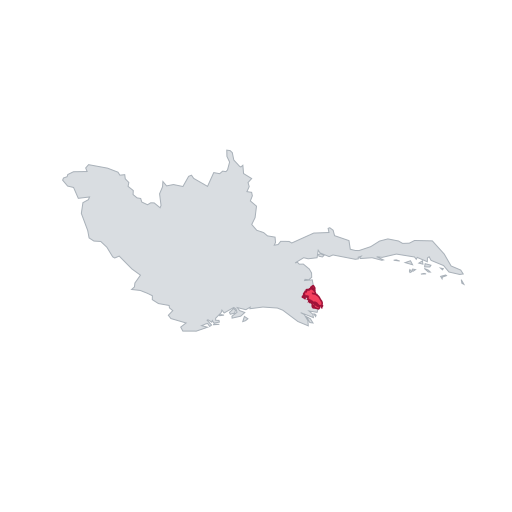 location of Pyapon, Ayeyarwady, Myanmar, rotated 287°
{"feature_id": "60261553B36201163114452", "entity_name": "Pyapon", "entity_type": "district", "adm_level": 2, "iso_a3": "MMR", "parent_name": "Myanmar", "parent_adm1": "Ayeyarwady", "projection": "orthographic", "projection_center": [95.471, 16.16], "detail": "fine", "context": "in_parent", "style": "filled", "palette": "rose", "viewbox_px": 512, "rotation_deg": 287, "n_neighbors": 0, "source": "geoboundaries", "source_scale": "gbopen_adm2", "svg_char_len": 9155}
<svg xmlns="http://www.w3.org/2000/svg" viewBox="0 0 512 512"><g transform="rotate(287 256 256)"><path d="M328.8,229.2L323.9,226.9L320.4,229.2L314.9,228.5L315.6,233.2L312.5,234.9L307.0,234.5L303.8,241.9L292.4,243.9L284.9,242.7L280.8,249.2L280.6,256.5L278.6,261.0L279.6,268.7L274.7,270.7L271.7,270.3L273.4,273.8L277.2,275.3L279.6,283.3L278.9,286.4L294.8,304.5L299.8,318.9L303.5,316.9L304.6,318.3L303.2,322.2L298.4,325.2L297.9,340.4L290.0,344.2L290.3,349.3L291.3,352.9L298.5,363.0L306.4,369.8L310.9,377.1L312.0,387.9L310.9,392.5L313.1,398.9L317.2,403.1L322.0,420.2L312.9,435.4L303.5,445.5L302.4,455.9L299.4,459.4L297.9,456.2L297.1,445.2L301.7,438.2L303.0,424.7L305.9,421.8L304.3,420.5L300.6,421.5L301.8,410.6L299.7,410.2L301.4,407.9L298.9,389.7L291.6,377.1L290.6,371.6L289.5,379.0L288.7,377.6L288.3,367.5L284.1,356.6L284.5,355.7L286.5,356.6L284.7,354.1L283.2,354.7L281.9,352.0L279.5,329.3L276.8,326.1L277.7,316.3L279.7,313.8L272.2,314.9L268.6,306.7L268.3,302.1L260.8,295.4L262.1,297.5L260.8,299.8L262.1,303.6L259.1,310.8L256.0,314.1L251.9,315.5L248.7,313.4L248.0,309.7L246.7,309.6L249.6,316.8L237.6,323.0L235.8,327.3L229.6,333.0L227.7,332.3L228.7,324.6L225.0,330.7L220.0,330.9L218.9,322.7L216.9,327.4L213.9,328.9L214.9,315.3L214.1,319.3L209.2,324.6L204.5,326.4L205.6,315.2L212.0,297.5L212.5,291.7L209.2,277.5L203.8,265.6L205.4,265.4L201.7,262.0L201.2,253.2L199.0,256.3L198.7,261.8L194.0,259.0L189.6,251.3L191.4,250.6L196.6,254.3L199.5,252.3L200.3,249.8L192.2,242.2L194.3,239.2L191.6,239.2L184.7,235.6L182.7,236.2L183.6,239.4L182.1,240.3L179.5,235.4L181.5,233.1L179.8,233.0L181.0,228.7L180.3,228.0L177.0,233.7L175.1,232.3L177.3,229.5L176.4,227.8L173.5,224.4L173.7,230.4L166.7,220.9L162.8,208.0L166.0,204.8L171.5,208.7L171.3,192.9L173.7,189.5L179.4,192.4L181.1,188.4L183.3,187.4L182.0,176.6L183.9,169.6L187.7,168.5L188.6,162.9L189.2,155.3L187.6,146.8L190.9,148.8L194.8,148.1L203.9,151.1L207.3,141.2L215.9,125.2L212.8,121.5L213.3,119.2L220.8,110.8L224.5,103.3L222.9,96.6L224.5,91.1L231.2,87.6L245.7,76.5L256.4,74.9L260.8,79.2L263.8,79.6L259.2,69.2L268.2,61.5L267.8,55.4L272.0,48.9L274.3,49.1L276.6,52.2L278.9,52.2L283.2,56.8L287.4,69.8L290.4,67.4L294.4,69.2L296.6,88.3L295.8,99.5L293.5,102.2L295.4,106.7L291.6,108.4L289.1,112.9L285.2,113.3L282.7,119.5L278.8,120.5L276.8,125.3L277.3,128.9L274.2,131.0L273.3,137.3L276.1,139.8L277.0,143.1L274.1,150.2L276.6,150.4L287.3,145.6L294.9,146.4L300.0,145.2L296.9,150.0L300.2,156.2L301.1,165.8L312.5,168.3L314.4,170.7L312.0,173.7L308.4,189.3L323.4,191.2L324.1,197.2L327.4,199.3L327.9,202.6L330.0,203.6L338.1,203.3L342.7,199.1L348.7,197.1L349.2,200.5L347.9,203.1L341.3,206.7L337.0,214.0L336.7,215.5L338.9,216.9L331.2,220.0L328.8,229.2ZM194.3,247.1L199.2,250.0L198.2,252.2L195.2,252.3L192.8,248.5L194.3,247.1ZM293.3,400.6L296.6,405.1L293.4,408.3L293.3,400.6ZM193.6,266.6L191.1,264.9L189.4,262.5L194.8,262.6L193.6,266.6ZM298.1,420.0L298.3,426.0L296.3,425.4L294.9,420.4L298.1,420.0ZM211.9,326.3L208.6,330.1L208.1,326.9L212.7,322.2L211.9,326.3ZM276.5,320.9L274.5,319.8L274.2,316.3L275.7,315.3L277.0,317.0L276.5,320.9ZM291.6,427.4L291.1,425.4L293.3,420.6L292.9,424.8L291.6,427.4ZM290.5,438.5L293.3,443.0L292.9,443.9L290.3,440.4L288.6,440.6L290.5,438.5ZM300.0,416.6L297.0,418.0L296.8,413.8L300.0,416.6ZM293.4,459.2L289.7,463.1L290.1,460.9L293.4,459.2ZM178.6,236.0L179.9,240.9L177.7,235.1L178.6,236.0ZM293.3,391.2L293.2,394.9L292.2,388.9L293.3,391.2ZM189.7,239.6L190.1,242.7L188.1,238.3L189.7,239.6ZM289.6,412.5L287.4,410.7L288.2,409.3L289.3,409.6L289.6,412.5ZM288.0,407.1L286.6,409.6L285.2,408.1L286.4,407.1L288.0,407.1ZM288.5,421.8L288.6,423.9L286.9,419.0L288.5,421.8ZM217.0,330.8L215.5,330.7L217.5,328.3L217.7,329.2L217.0,330.8ZM298.7,438.8L297.3,438.4L298.4,436.0L298.7,438.8Z" fill="#d9dde1" stroke="#a8b0b8" stroke-width="1"/><path d="M227.2,322.7L227.1,323.0L227.0,323.3L225.9,324.1L225.5,324.7L225.2,324.9L225.1,325.0L225.3,325.8L225.2,326.2L225.0,326.3L224.0,326.0L223.9,326.0L223.7,326.2L223.7,326.5L223.9,326.8L224.0,327.2L223.8,328.6L223.7,328.7L223.6,329.1L223.6,330.2L223.6,331.1L223.9,331.5L224.2,331.6L224.9,331.9L225.2,331.9L225.5,331.8L226.1,331.3L225.8,330.4L225.8,329.9L226.0,329.4L226.3,328.1L226.5,327.8L226.8,327.2L226.9,326.2L227.0,325.9L227.5,325.4L227.7,324.9L228.2,324.7L227.7,323.5L227.7,323.2L227.9,322.8L228.1,322.5L229.0,322.0L229.5,321.5L229.6,320.2L229.6,321.4L229.3,321.9L229.1,322.7L229.1,323.1L228.7,323.9L228.3,324.4L228.4,324.6L228.9,325.4L229.0,325.9L229.0,326.8L228.8,327.8L228.4,328.5L227.9,328.9L227.8,329.1L227.5,330.0L227.2,330.2L227.0,330.6L227.0,331.2L227.3,332.1L227.4,332.3L227.2,332.5L227.3,332.8L227.2,332.9L227.4,333.1L227.5,333.1L228.2,333.4L229.8,333.2L230.7,332.9L231.1,332.7L231.7,332.2L231.9,331.9L232.2,331.8L232.3,331.6L232.0,331.7L232.2,331.3L233.3,330.4L233.7,329.8L235.1,328.5L235.4,327.9L235.7,327.6L236.0,327.0L236.0,326.6L236.5,326.0L236.4,326.0L236.3,325.8L236.4,325.3L236.6,325.2L236.8,324.9L237.0,324.4L236.9,324.3L237.1,324.1L236.8,323.2L236.7,322.2L236.6,321.7L236.6,321.3L236.7,320.8L236.5,320.7L236.8,320.8L236.7,321.4L236.8,322.0L236.9,322.7L237.0,322.9L237.0,323.3L237.2,323.9L237.3,323.9L237.9,323.8L238.2,323.5L238.3,323.4L239.2,322.7L239.4,322.2L239.9,321.6L240.3,321.3L240.4,320.5L240.6,320.0L240.7,319.2L240.9,318.6L241.1,318.3L241.2,318.1L241.0,317.9L240.2,317.6L239.8,317.3L239.7,316.9L239.8,316.6L239.6,316.5L239.4,316.4L239.0,316.7L238.8,316.5L238.9,315.9L239.2,315.4L239.1,315.2L238.8,315.1L238.6,315.1L238.6,314.6L238.8,314.5L238.8,314.4L238.6,314.1L238.4,314.1L238.4,313.9L238.3,314.1L238.2,314.0L237.9,314.1L237.8,314.3L237.7,314.2L237.4,314.3L237.3,314.2L237.1,314.6L236.9,314.6L236.4,314.5L236.5,314.1L236.6,313.5L236.3,313.5L236.2,313.3L235.7,313.2L235.5,313.3L235.0,313.3L234.8,313.2L234.5,313.2L234.4,313.1L234.5,312.9L234.0,312.8L234.0,312.7L233.9,312.7L233.6,312.6L233.4,312.7L233.4,312.8L233.4,313.1L233.2,313.2L232.9,313.0L232.7,313.2L232.8,313.7L232.4,313.6L232.2,313.3L231.9,313.6L232.0,313.9L232.0,314.0L231.9,314.0L231.7,313.7L231.7,313.4L231.8,313.4L231.9,313.0L231.8,312.8L231.2,312.9L231.0,312.6L230.8,312.6L230.7,312.3L230.4,312.4L230.4,312.6L230.5,312.6L230.4,312.7L230.1,312.7L230.1,313.1L230.1,313.7L229.8,314.4L229.5,314.7L229.5,315.0L229.6,315.3L229.8,315.1L230.0,314.6L230.3,314.2L230.5,314.1L230.7,314.6L231.3,315.0L231.1,315.2L231.3,315.7L231.5,315.9L231.4,316.0L231.6,316.5L232.0,316.6L232.5,316.1L232.5,316.5L232.7,316.9L232.6,317.0L232.3,317.3L232.4,317.5L232.0,317.4L231.8,317.8L231.6,317.9L231.4,317.9L231.2,317.8L231.1,317.7L230.9,317.7L230.7,318.1L230.3,318.2L230.2,318.6L230.1,318.8L229.8,318.8L229.6,318.6L229.6,318.8L229.5,318.7L229.3,319.4L229.2,319.4L229.1,319.7L228.9,319.8L228.9,319.7L228.7,319.8L228.5,319.7L228.4,319.7L228.4,319.8L228.3,320.0L228.3,320.3L228.1,320.2L228.2,320.4L228.0,320.5L228.4,320.7L228.1,320.9L228.1,321.1L228.0,321.3L228.2,321.8L228.0,321.6L227.8,321.7L227.6,321.5L227.3,321.5L227.4,322.2L227.2,322.7ZM241.0,322.0L241.7,321.9L242.6,321.6L243.1,321.2L243.8,320.3L244.3,319.8L244.4,319.4L244.2,319.1L243.6,318.8L242.9,318.2L242.5,318.1L242.3,318.2L242.3,318.5L241.9,319.0L242.1,319.4L242.0,319.9L241.8,320.4L241.6,321.2L241.4,321.6L241.0,322.0L241.0,322.0ZM226.6,330.2L226.9,329.9L227.1,329.5L228.0,328.0L228.3,327.6L228.6,327.1L228.6,325.9L228.6,325.6L228.2,324.9L227.8,325.0L227.6,325.5L227.1,326.1L227.1,327.8L226.2,329.7L226.2,329.8L226.6,330.2ZM240.3,322.4L241.3,321.3L241.5,320.9L241.6,320.2L241.6,319.1L241.4,318.4L241.2,318.1L241.2,318.3L240.8,318.9L240.7,319.3L240.7,320.0L240.5,320.9L240.4,321.5L240.2,321.8L239.9,322.0L239.7,322.1L239.5,322.3L239.9,322.5L240.1,322.4L240.3,322.4ZM225.3,324.3L224.8,324.2L223.8,324.8L223.7,324.9L223.2,325.6L223.1,326.0L223.3,326.4L223.4,327.3L223.6,326.7L223.6,326.1L223.8,325.9L224.1,325.8L225.1,326.1L225.1,325.8L225.0,324.8L225.5,324.6L225.7,324.2L225.3,324.3ZM228.2,324.1L228.4,323.8L228.8,323.5L229.0,323.2L229.1,322.1L228.7,322.3L228.0,322.8L227.9,323.1L227.8,323.5L228.1,324.1L228.2,324.1ZM241.9,319.0L242.2,318.6L242.3,318.2L242.5,318.0L242.2,317.7L241.7,317.6L241.6,317.8L241.5,318.0L241.7,318.3L241.9,319.0ZM226.3,328.7L227.0,327.9L227.0,327.1L226.8,327.2L226.6,328.0L226.4,328.3L226.3,328.7L226.3,328.7ZM223.6,328.1L223.8,327.7L223.9,327.2L223.7,327.0L223.4,327.8L223.4,328.0L223.5,328.1L223.6,328.1ZM241.7,320.2L242.0,319.6L241.9,319.3L241.7,318.7L241.6,318.8L241.7,319.3L241.7,320.2ZM227.9,328.5L228.4,328.2L228.3,327.7L228.1,327.9L227.9,328.3L227.9,328.5ZM239.9,322.0L240.3,321.7L240.4,321.3L240.0,321.6L239.7,322.0L239.9,322.0ZM241.5,318.4L241.5,318.0L241.5,317.7L241.1,317.8L241.5,318.4ZM226.5,333.8L226.5,333.7L226.4,333.8L226.0,333.7L225.7,333.9L225.7,334.0L226.3,333.9L226.5,333.8ZM227.1,334.0L227.0,333.9L227.0,334.0L227.3,334.2L228.0,334.1L228.3,334.0L228.4,333.9L228.2,334.1L227.8,334.1L227.6,334.1L227.1,334.0ZM242.9,318.1L242.5,317.8L242.4,317.9L242.6,318.1L242.9,318.1ZM228.7,327.4L228.8,327.1L228.7,326.8L228.6,327.3L228.7,327.4ZM228.6,327.8L228.7,327.6L228.6,327.3L228.5,327.5L228.6,327.8ZM228.7,325.2L228.5,324.9L228.4,324.8L228.6,325.2L228.7,325.2ZM243.9,318.7L243.7,318.5L243.9,318.7ZM228.6,325.3L228.6,325.2L228.4,324.9L228.5,325.2L228.6,325.3Z" fill="#f43f5e" stroke="#9f1239" stroke-width="1.5"/></g></svg>